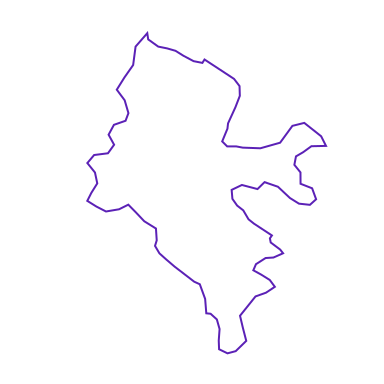 Paju-si, Gyeonggi, South Korea, rotated 122°
{"feature_id": "91817680B14253606839965", "entity_name": "Paju-si", "entity_type": "district", "adm_level": 2, "iso_a3": "KOR", "parent_name": "South Korea", "parent_adm1": "Gyeonggi", "projection": "robinson", "projection_center": [126.826, 37.84], "detail": "fine", "context": "isolated", "style": "outline", "palette": "violet", "viewbox_px": 384, "rotation_deg": 122, "n_neighbors": 0, "source": "geoboundaries", "source_scale": "gbopen_adm2", "svg_char_len": 1370}
<svg xmlns="http://www.w3.org/2000/svg" viewBox="0 0 384 384"><g transform="rotate(122 192 192)"><path d="M186.5,101.2L186.0,122.7L185.2,129.6L180.4,138.8L179.6,146.5L176.4,154.1L169.2,159.5L159.6,153.4L154.8,138.0L145.2,135.7L142.0,121.9L145.2,105.8L145.2,95.1L140.4,85.2L132.4,82.9L125.2,92.1L127.5,104.3L117.9,110.4L114.7,119.6L106.7,122.7L99.5,118.9L89.9,115.0L81.9,102.8L76.3,112.0L73.9,133.4L82.7,141.9L103.5,143.4L118.7,157.2L127.5,172.5L129.9,178.7L134.7,186.3L133.1,193.2L119.5,195.5L114.7,197.8L97.1,200.1L85.1,202.4L77.0,207.8L73.8,216.3L73.0,251.6L77.0,251.6L80.2,260.0L81.0,271.5L81.0,280.8L83.4,289.2L86.6,297.7L85.8,310.0L81.0,314.1L98.6,316.9L115.5,309.2L130.7,310.0L145.1,310.0L149.9,297.7L158.8,287.7L166.8,286.1L176.4,293.8L187.6,293.1L193.2,283.1L203.7,283.8L212.5,294.6L222.9,296.1L226.9,284.6L234.9,276.9L246.1,276.9L255.0,276.1L255.0,265.4L254.1,254.6L245.3,244.7L236.5,239.3L238.9,229.3L242.1,217.0L242.1,203.2L251.7,196.3L257.3,194.8L261.3,187.1L262.9,177.9L264.5,167.2L266.9,142.6L266.1,136.5L275.7,124.2L287.3,115.6L285.4,111.7L286.9,103.4L293.6,96.0L303.8,90.6L311.0,85.7L310.0,76.4L303.8,70.6L289.5,67.1L280.2,76.9L271.5,85.7L246.9,82.8L238.2,75.9L228.5,71.5L225.4,79.4L225.4,89.7L225.9,98.5L219.3,99.5L209.0,94.6L204.4,88.2L195.7,82.3L194.1,86.7L193.1,98.5L190.0,101.4L186.5,101.2Z" fill="none" stroke="#5b21b6" stroke-width="2"/></g></svg>